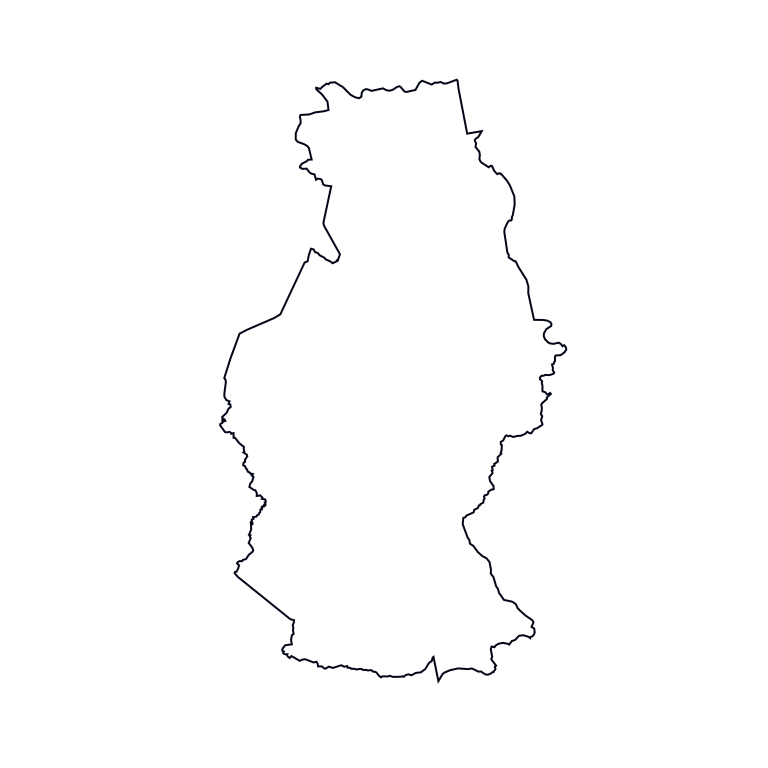 Santa Lucia, Guayas, Ecuador, rotated 258°
{"feature_id": "8360857B32465002428557", "entity_name": "Santa Lucia", "entity_type": "district", "adm_level": 2, "iso_a3": "ECU", "parent_name": "Ecuador", "parent_adm1": "Guayas", "projection": "mercator", "projection_center": [-80.061, -1.713], "detail": "fine", "context": "isolated", "style": "outline", "palette": "ink", "viewbox_px": 768, "rotation_deg": 258, "n_neighbors": 0, "source": "geoboundaries", "source_scale": "gbopen_adm2", "svg_char_len": 6130}
<svg xmlns="http://www.w3.org/2000/svg" viewBox="0 0 768 768"><g transform="rotate(258 384 384)"><path d="M137.1,236.9L130.7,244.1L131.4,246.7L131.1,249.9L126.3,257.2L126.3,260.3L124.1,260.9L121.5,260.8L120.7,264.5L118.4,266.3L117.7,267.5L119.0,271.3L116.9,274.9L117.8,283.7L115.8,286.2L115.7,289.3L114.1,289.4L113.4,291.8L112.2,292.9L111.6,295.9L110.6,297.3L110.1,302.6L108.8,303.7L107.9,307.7L107.2,308.5L106.8,312.0L104.8,313.6L104.6,315.1L103.2,316.8L99.8,318.3L97.7,320.1L98.4,321.7L97.2,326.7L97.3,329.1L95.6,332.0L94.1,340.0L94.3,341.5L93.5,342.3L94.8,344.9L94.9,347.7L93.4,350.2L94.8,355.1L94.3,360.1L96.7,365.2L101.8,370.0L103.1,373.1L106.4,374.8L106.8,375.7L82.0,375.4L88.1,381.0L89.2,383.3L90.3,389.1L90.4,397.3L87.6,407.0L87.5,410.8L83.0,416.6L82.7,419.0L78.9,422.7L78.0,425.3L78.6,428.4L79.5,429.8L79.4,431.3L80.4,431.8L81.3,433.3L82.4,433.8L84.3,433.5L85.2,435.1L92.4,431.7L94.7,433.1L102.3,433.3L104.8,434.6L103.6,437.3L105.1,439.1L106.1,442.1L106.1,446.3L104.2,451.0L103.1,452.3L106.0,455.6L106.3,458.8L109.6,463.7L109.3,468.1L106.7,472.7L105.0,474.2L106.2,474.7L106.2,476.5L107.6,478.4L109.5,479.7L113.6,480.1L115.7,477.8L119.8,480.7L122.2,479.9L128.0,474.4L133.1,470.6L136.9,468.1L141.0,467.3L143.4,465.3L144.7,463.6L147.8,456.5L155.7,453.1L159.6,452.9L163.1,451.6L172.5,450.9L176.3,449.0L179.9,450.0L187.9,450.2L192.3,448.0L195.0,444.6L200.0,440.9L207.1,437.7L209.9,434.9L213.6,435.0L216.4,433.9L229.2,432.0L230.7,431.9L236.5,433.7L236.7,435.7L238.2,437.4L239.8,445.0L242.2,446.1L243.1,449.9L245.4,451.5L245.2,452.3L246.4,453.3L247.3,456.4L250.0,457.5L251.3,458.7L253.1,458.4L254.2,459.5L254.3,462.0L255.3,463.1L257.0,463.7L258.3,466.7L258.3,469.4L261.4,469.9L267.1,467.5L271.2,467.7L273.9,471.3L275.2,471.8L276.8,471.3L277.3,472.4L280.6,472.5L281.2,475.2L282.8,475.1L284.4,479.2L288.7,479.9L291.5,484.3L292.5,483.8L294.4,485.1L299.7,486.6L300.5,485.7L303.1,486.2L304.0,488.8L307.7,491.8L308.3,493.2L307.0,494.8L307.2,496.5L305.3,499.4L305.5,503.7L304.9,506.8L305.9,511.9L307.5,514.1L305.7,516.1L305.2,517.8L308.7,521.5L308.9,524.4L311.1,530.2L311.7,530.7L316.0,530.1L319.6,532.1L322.1,531.1L324.3,532.4L327.9,533.5L331.0,533.5L332.3,534.6L335.4,540.1L337.2,540.8L339.6,545.2L340.7,544.5L339.9,542.6L340.1,541.3L342.4,540.0L343.9,537.5L349.8,538.7L351.7,538.4L353.8,539.3L356.2,537.6L357.8,537.8L359.3,539.7L358.9,541.9L359.4,543.5L358.3,547.6L358.7,551.8L360.0,552.9L362.0,551.9L365.0,552.6L368.2,552.4L368.5,554.3L370.1,554.9L370.5,555.9L375.3,557.0L376.2,558.0L375.5,562.8L377.5,567.2L379.8,569.5L382.4,569.5L384.5,568.3L383.8,566.5L386.1,565.5L388.1,563.5L388.0,558.2L389.3,554.6L390.8,553.0L394.3,550.8L397.7,550.2L400.7,551.2L403.9,554.2L406.0,559.6L408.2,560.3L409.9,559.5L412.0,557.0L413.6,552.8L415.6,544.1L442.8,544.0L449.3,545.5L456.3,545.0L470.5,539.8L476.7,538.3L476.9,537.2L481.8,532.3L484.7,532.9L486.2,532.1L488.5,532.1L507.8,533.3L510.9,534.4L516.0,538.2L517.8,540.2L517.6,542.6L519.1,543.5L520.4,543.6L522.4,545.1L532.3,549.1L540.5,550.5L552.3,548.4L557.4,546.5L564.5,542.6L565.0,541.7L565.6,541.8L566.2,540.2L565.7,538.4L569.5,536.1L574.7,535.0L575.3,533.7L574.2,531.5L580.4,525.3L581.9,524.5L584.5,524.1L588.0,525.4L591.5,525.5L596.8,522.8L600.2,524.1L603.4,523.4L604.9,524.7L606.0,527.6L611.0,532.2L611.6,517.4L657.3,518.3L665.3,519.0L666.5,518.4L665.0,507.9L665.5,504.8L667.6,502.3L667.6,498.4L668.3,496.5L667.0,492.9L672.7,484.3L671.2,481.2L665.1,475.9L665.0,466.6L665.7,464.9L671.1,462.0L672.1,460.8L671.8,458.4L670.0,453.8L669.7,450.2L670.9,447.4L673.4,444.4L673.3,432.9L675.7,429.1L676.2,427.2L675.3,424.4L673.4,422.8L669.6,421.5L668.7,418.8L670.7,415.0L674.0,411.3L683.0,405.5L689.3,398.8L690.0,393.9L688.8,392.1L689.7,390.3L687.3,385.0L685.9,383.3L687.8,379.2L686.6,379.0L679.7,383.8L671.9,387.4L663.5,386.7L663.3,381.4L664.0,373.2L663.2,367.0L664.5,358.2L662.6,357.2L659.7,357.3L656.1,356.5L654.2,354.4L647.7,349.9L642.1,348.6L641.0,348.7L638.7,350.1L635.2,355.7L632.9,358.3L630.5,359.6L618.6,359.9L619.1,356.3L618.1,355.1L616.4,349.3L614.2,347.0L613.3,346.8L611.4,348.9L610.7,353.1L606.4,355.2L604.7,356.9L603.5,359.6L597.9,360.0L598.7,361.8L597.7,364.5L596.4,365.6L591.9,366.0L590.4,367.7L588.4,373.5L554.2,358.2L551.1,358.3L520.1,367.9L514.1,364.3L514.7,363.5L513.8,363.0L512.8,358.9L515.0,357.0L518.2,352.7L519.8,352.0L523.4,347.7L525.6,346.7L527.4,344.0L530.3,343.1L531.5,340.7L525.2,337.0L520.0,334.9L519.3,331.6L473.7,297.1L471.3,290.0L465.5,261.2L463.3,253.2L440.7,239.0L423.0,229.0L421.9,229.7L419.0,229.8L407.1,225.6L404.4,225.3L401.0,226.5L399.2,229.3L396.8,227.8L395.9,229.4L393.3,229.2L392.2,226.8L388.5,224.0L385.4,218.9L384.3,218.7L382.1,220.9L380.8,221.1L380.8,220.2L382.1,219.2L382.1,218.2L381.6,218.1L380.8,219.1L379.4,217.5L379.1,215.8L377.7,215.1L370.1,218.5L369.3,220.3L369.3,222.9L368.1,224.2L367.1,224.2L367.3,226.6L362.6,225.7L362.3,227.1L356.1,230.2L351.6,233.9L349.4,233.2L347.0,233.4L346.3,232.2L343.6,235.0L341.8,235.3L338.7,232.2L336.9,232.0L336.2,230.3L333.7,229.4L332.4,231.0L329.7,231.6L328.8,232.4L326.7,232.4L325.1,234.5L324.3,234.5L323.3,236.8L322.6,235.8L322.2,236.5L321.2,236.1L320.3,237.0L316.1,234.8L314.6,232.6L311.3,230.9L307.7,234.3L306.8,236.1L303.7,236.9L300.9,236.2L300.8,239.8L298.4,241.4L297.5,241.5L297.0,240.8L295.8,243.7L294.2,244.0L292.8,243.6L292.9,242.8L290.3,243.0L289.8,242.3L290.5,241.5L289.1,240.9L289.6,239.5L289.0,238.7L288.0,239.0L286.8,238.6L287.0,237.1L284.2,236.1L284.0,235.4L282.4,234.3L281.9,232.5L280.8,231.5L281.0,228.2L279.3,228.3L278.8,226.5L277.3,226.3L276.7,225.0L275.6,224.8L275.5,226.4L274.4,226.3L273.7,224.6L269.3,223.8L264.5,220.6L263.9,221.9L262.6,221.0L260.9,221.6L256.7,218.6L251.4,221.1L248.3,221.5L247.2,220.5L245.0,216.2L241.5,212.7L241.2,209.2L240.2,208.4L240.8,205.8L240.1,203.8L239.1,202.9L236.9,204.5L234.2,203.2L231.1,200.8L231.1,199.1L230.0,198.5L225.6,201.0L175.0,242.2L173.3,243.7L171.7,246.9L169.2,246.1L167.2,244.6L164.4,244.7L162.3,243.8L158.3,243.6L157.5,241.8L153.3,239.9L148.5,239.7L149.0,233.1L146.3,229.8L144.3,229.1L143.1,230.5L141.9,229.4L141.2,229.7L140.0,231.4L139.8,233.2L139.1,232.7L137.5,233.2L135.6,234.8L137.1,236.9Z" fill="none" stroke="#020617" stroke-width="2"/></g></svg>